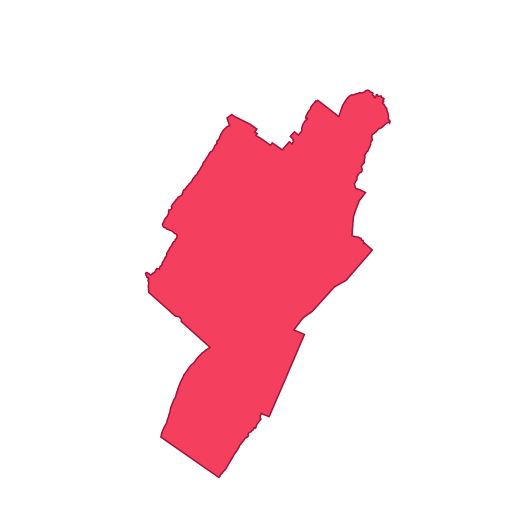 outline of Clare and Gilbert Valleys, South Australia, Australia, rotated 215°
{"feature_id": "25037944B42711318671021", "entity_name": "Clare and Gilbert Valleys", "entity_type": "district", "adm_level": 2, "iso_a3": "AUS", "parent_name": "Australia", "parent_adm1": "South Australia", "projection": "natural_earth1", "projection_center": [138.774, -34.015], "detail": "fine", "context": "isolated", "style": "filled", "palette": "rose", "viewbox_px": 512, "rotation_deg": 215, "n_neighbors": 0, "source": "geoboundaries", "source_scale": "gbopen_adm2", "svg_char_len": 6115}
<svg xmlns="http://www.w3.org/2000/svg" viewBox="0 0 512 512"><g transform="rotate(215 256 256)"><path d="M159.3,53.3L159.1,54.8L159.6,55.6L159.5,57.7L159.1,58.7L159.2,61.2L158.8,61.9L158.6,64.1L160.1,82.3L159.9,84.8L160.1,88.4L160.3,89.9L160.7,90.6L160.7,91.9L160.5,92.8L160.7,93.5L160.5,93.8L160.6,94.4L160.4,95.4L160.6,96.1L160.3,96.7L160.5,97.1L160.3,97.6L160.4,100.5L159.3,102.5L159.1,103.4L159.2,104.9L159.9,105.2L160.4,105.8L160.6,106.6L159.4,108.9L159.1,109.9L159.4,110.5L159.4,111.0L159.0,111.3L158.7,111.9L158.8,112.6L158.7,113.3L158.9,114.5L157.7,114.7L157.7,115.1L158.8,118.7L158.6,121.3L158.8,123.5L158.5,123.9L158.3,124.5L158.5,125.3L160.0,126.0L161.0,127.6L161.2,128.4L160.9,128.8L161.4,130.0L153.1,131.9L162.4,177.2L162.5,177.4L171.3,219.5L182.6,217.1L182.0,232.3L178.2,242.7L174.0,275.8L168.2,287.8L164.1,327.6L174.5,328.8L174.7,328.1L175.0,328.0L175.5,328.3L175.9,329.0L177.1,330.0L177.5,330.1L178.3,329.6L178.7,329.6L179.7,330.5L180.2,330.7L180.5,330.6L181.0,330.1L182.4,330.3L186.2,328.7L186.5,328.3L188.0,327.9L189.1,327.8L195.3,338.2L195.9,338.9L195.8,339.1L198.8,344.4L201.1,352.3L203.1,360.5L202.7,370.9L206.5,370.1L208.9,370.0L212.6,368.6L214.3,369.4L215.3,370.2L216.7,371.7L217.1,374.0L217.0,376.1L218.5,378.6L218.9,380.9L219.1,381.5L219.0,382.2L218.7,383.4L218.6,384.2L217.9,384.8L217.8,386.3L219.1,388.3L220.2,388.9L220.3,389.2L221.0,389.7L221.3,391.9L221.1,392.7L221.3,393.7L220.8,394.5L222.6,397.4L223.5,399.7L224.6,400.3L225.0,404.9L224.6,405.8L225.3,409.3L225.2,410.2L225.6,410.8L225.8,411.6L225.9,412.9L227.0,414.4L227.4,416.1L227.1,416.7L227.3,417.7L227.9,418.3L228.5,419.1L229.3,419.3L230.3,421.9L229.6,424.2L229.0,426.3L228.5,430.7L227.6,431.5L226.7,433.3L225.2,439.7L224.1,441.6L222.7,441.4L223.3,443.1L224.1,443.4L224.3,443.7L224.7,443.6L224.9,443.7L225.5,443.8L226.5,444.4L226.4,444.6L226.8,445.4L228.3,447.2L229.6,448.4L229.8,448.7L232.5,450.5L233.5,451.7L233.6,452.0L234.4,451.9L235.8,452.3L236.0,452.5L236.5,452.5L237.0,453.0L238.3,453.7L239.5,453.4L239.8,453.5L240.0,453.7L240.2,454.1L240.3,454.8L239.8,455.3L239.8,455.6L240.2,455.9L240.9,455.9L241.3,456.2L241.4,456.6L241.0,457.3L241.2,458.1L241.5,458.3L244.0,458.0L244.6,458.1L244.9,458.5L244.9,458.8L245.2,458.9L246.0,458.3L246.8,457.3L247.4,457.0L248.5,457.3L248.9,457.7L249.2,457.8L249.6,457.5L249.9,457.0L249.7,456.2L249.3,455.8L249.1,454.1L249.8,453.8L250.7,454.5L251.6,454.7L252.7,454.7L252.9,454.8L253.4,456.1L253.4,456.4L253.6,456.5L254.5,456.6L255.4,456.4L255.8,456.2L256.2,455.8L256.6,455.8L257.4,456.2L257.8,456.3L259.4,456.1L259.8,455.9L260.2,455.1L261.1,454.2L261.1,452.6L261.9,451.7L262.7,450.3L263.1,450.0L264.8,449.4L265.8,447.5L267.6,445.5L268.7,443.8L270.2,442.7L270.5,442.3L271.4,439.6L271.7,437.9L271.8,435.5L271.4,429.0L268.1,417.7L294.7,419.0L295.6,416.3L296.0,416.8L296.5,409.6L295.8,407.9L295.9,404.0L295.3,399.4L294.6,397.5L292.8,398.2L292.7,396.5L293.3,395.8L293.2,392.1L293.0,391.1L293.0,390.4L292.2,388.1L291.9,386.9L291.2,386.2L290.5,385.1L290.2,383.5L290.5,382.2L290.4,381.6L290.5,379.5L295.7,379.8L296.5,373.7L292.4,372.9L292.2,372.2L291.7,371.7L290.8,371.2L290.9,369.7L290.7,368.4L294.2,368.8L295.4,358.0L307.6,358.0L307.6,355.0L319.4,355.1L325.2,354.6L325.2,357.1L328.1,356.6L328.1,360.5L336.3,360.6L354.1,357.9L357.0,358.1L358.9,352.4L352.4,347.6L353.6,345.9L354.0,345.0L355.0,339.2L354.6,337.1L354.7,335.3L354.1,333.6L353.8,331.9L353.3,331.2L353.4,330.4L353.7,330.1L353.5,329.0L353.8,328.2L353.9,327.8L353.5,327.1L353.4,326.5L352.9,326.1L352.4,325.9L352.7,325.2L352.8,324.1L353.0,323.5L352.9,322.0L352.7,321.0L352.4,320.5L352.3,319.9L352.2,318.6L352.3,317.9L352.1,317.1L352.1,316.6L352.3,316.2L353.0,315.5L352.9,314.3L353.2,313.8L353.2,313.4L352.8,311.7L352.8,310.8L352.6,309.5L352.7,308.7L352.7,306.9L352.4,304.0L352.7,303.2L352.6,301.6L352.5,301.2L351.9,300.0L351.9,297.8L351.5,293.9L351.6,291.6L351.6,290.9L351.2,289.7L351.3,288.7L351.8,286.7L351.7,285.9L351.9,282.7L351.5,280.8L351.7,278.3L352.1,276.7L352.2,273.8L352.5,273.3L352.4,271.8L352.5,271.1L352.4,269.7L352.8,269.1L353.1,268.3L352.6,266.6L352.2,266.2L352.3,265.7L352.1,264.6L351.7,264.3L351.7,262.8L351.8,262.4L353.1,260.6L353.6,259.3L353.3,257.7L353.7,256.4L353.7,254.5L353.9,252.9L353.8,252.0L354.0,250.4L353.9,248.7L353.8,248.1L352.6,247.4L352.6,247.0L352.3,246.4L352.4,244.8L353.8,243.7L353.6,242.8L352.1,241.1L352.2,240.7L351.9,239.9L351.6,238.2L351.6,236.0L351.9,235.3L351.9,234.5L351.6,233.7L351.7,233.1L351.5,232.0L351.2,231.3L351.0,228.6L350.8,228.3L350.4,228.0L350.0,227.5L348.8,226.8L347.6,226.7L346.2,227.1L345.5,227.4L344.7,226.9L344.1,227.0L343.2,227.4L341.4,227.6L339.6,228.3L338.4,228.1L337.7,228.2L336.3,227.9L335.2,227.8L334.3,228.2L333.0,228.1L332.7,227.5L331.8,226.8L331.6,226.3L331.6,225.9L331.3,225.3L331.3,224.2L331.7,223.3L331.3,223.0L330.9,222.1L331.1,221.4L331.7,220.6L331.5,219.7L331.7,218.4L331.3,217.6L331.3,217.0L330.9,216.4L331.2,215.3L331.2,212.6L330.9,211.1L330.6,206.9L330.2,206.5L329.2,204.2L329.6,203.0L329.2,202.4L329.4,201.7L328.8,198.7L329.0,198.2L328.8,196.2L328.1,195.6L328.0,193.6L328.6,192.8L327.9,190.2L327.7,190.0L329.1,189.2L330.2,188.7L329.9,188.0L330.1,187.3L329.6,184.2L330.9,182.4L330.9,182.0L330.8,181.1L330.9,180.6L331.3,180.1L331.6,179.8L331.9,179.8L334.0,180.1L335.9,179.9L336.2,179.7L336.6,178.6L336.5,178.4L335.2,177.2L334.2,176.9L333.4,176.1L332.5,175.8L331.8,176.4L330.8,175.8L330.7,174.2L328.3,172.4L327.1,169.9L326.1,168.3L325.4,167.9L324.9,166.9L324.4,166.4L323.1,164.7L287.4,160.5L286.9,160.9L285.6,161.3L284.9,161.9L284.2,162.1L281.3,161.6L280.5,160.9L279.7,159.5L241.3,154.8L242.6,151.2L243.1,150.5L243.0,149.4L243.5,148.8L243.9,146.7L244.6,145.5L244.6,144.4L245.7,137.8L245.6,136.4L245.6,134.6L245.5,134.4L245.9,131.7L246.5,129.8L246.8,126.6L246.7,118.0L246.9,117.2L246.5,116.2L245.5,109.3L244.9,107.0L244.8,106.2L244.3,104.3L243.8,103.3L243.9,102.5L243.4,101.9L243.0,99.7L242.6,99.0L242.2,97.2L241.3,95.2L241.0,93.9L240.9,91.9L240.7,91.2L240.7,90.4L238.9,83.0L238.4,81.5L237.7,80.4L236.7,78.2L236.6,77.1L235.2,73.3L235.0,72.0L233.4,67.7L233.3,65.3L232.8,62.0L231.7,57.0L230.1,53.1L159.3,53.3Z" fill="#f43f5e" stroke="#9f1239" stroke-width="1.5"/></g></svg>